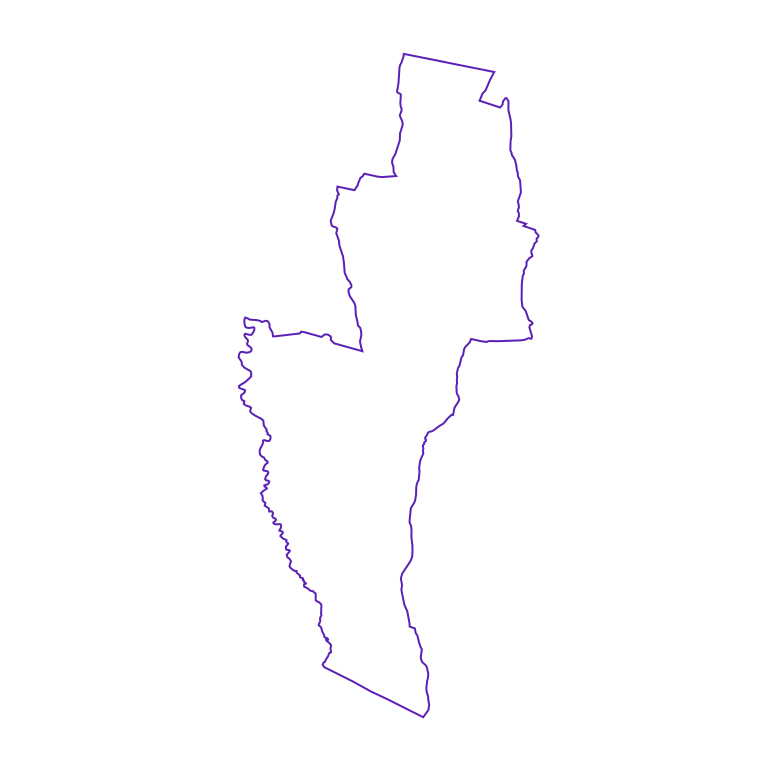 outline of Acuamanala de Miguel Hidalgo, Tlaxcala, Mexico, rotated 93°
{"feature_id": "50627088B41690170063665", "entity_name": "Acuamanala de Miguel Hidalgo", "entity_type": "district", "adm_level": 2, "iso_a3": "MEX", "parent_name": "Mexico", "parent_adm1": "Tlaxcala", "projection": "equal_earth", "projection_center": [-98.159, 19.216], "detail": "fine", "context": "isolated", "style": "outline", "palette": "violet", "viewbox_px": 768, "rotation_deg": 93, "n_neighbors": 0, "source": "geoboundaries", "source_scale": "gbopen_adm2", "svg_char_len": 6145}
<svg xmlns="http://www.w3.org/2000/svg" viewBox="0 0 768 768"><g transform="rotate(93 384 384)"><path d="M669.9,428.9L682.9,399.1L691.6,381.3L698.4,364.7L714.7,327.4L707.2,322.6L702.0,322.1L696.3,323.4L693.9,323.6L688.4,325.5L684.5,325.8L678.7,325.4L674.7,324.7L671.3,324.6L665.6,326.1L663.0,327.2L659.6,331.4L657.0,332.6L654.2,333.0L647.0,332.3L644.9,333.6L640.6,335.4L633.6,337.4L631.1,339.3L626.5,340.4L624.9,345.7L621.6,346.0L610.0,348.8L603.1,352.2L588.6,355.9L584.0,355.4L577.3,357.0L572.2,355.8L559.7,348.4L555.2,346.8L548.8,346.8L543.7,347.2L535.7,348.6L528.4,348.9L523.8,349.7L521.3,351.1L519.3,351.3L506.7,350.7L500.7,347.5L497.9,346.7L492.6,346.2L485.1,346.4L481.5,345.8L478.2,344.4L474.4,344.1L469.6,344.0L466.1,344.5L461.6,344.2L457.7,343.5L451.3,341.1L448.8,341.6L446.2,341.3L444.5,341.9L443.0,341.9L441.8,340.7L440.7,340.8L439.6,340.4L438.9,339.3L438.3,339.1L437.4,339.2L436.6,340.0L435.2,340.0L432.8,338.4L430.2,337.4L429.5,336.6L428.7,333.7L427.7,332.1L422.9,326.4L421.0,323.4L420.1,322.3L415.4,318.9L411.2,314.9L411.3,313.4L404.1,312.4L396.8,308.3L395.7,308.1L392.8,308.8L390.1,310.5L388.4,311.0L382.5,311.6L379.9,311.1L375.4,311.5L373.6,311.2L369.9,311.9L364.2,310.9L361.4,309.5L353.5,308.1L351.2,306.6L344.9,305.8L343.1,305.0L338.0,300.6L334.4,299.3L335.9,291.3L336.7,284.0L335.6,281.4L335.2,271.3L333.2,249.3L332.4,245.5L330.7,242.2L331.1,239.3L328.8,238.6L319.8,241.8L317.4,241.2L316.6,239.3L315.6,238.8L313.8,240.4L312.5,242.8L303.7,246.3L299.7,249.8L292.6,251.0L277.0,251.6L268.5,251.1L266.3,250.0L263.7,250.4L258.6,247.9L254.4,248.0L250.8,245.5L248.6,242.6L247.5,242.7L245.8,243.6L243.1,243.9L241.0,242.5L235.8,241.0L233.6,238.9L230.9,239.2L228.9,237.6L227.9,237.4L227.2,237.8L224.5,240.6L222.2,241.1L218.9,252.9L216.6,250.6L214.1,259.7L209.5,258.0L206.2,258.3L204.3,259.5L200.5,258.5L197.4,259.0L194.6,259.9L185.5,257.3L174.9,258.6L173.3,258.9L169.6,261.1L165.5,261.6L164.2,262.4L158.8,263.3L153.2,265.0L148.7,268.2L146.1,268.9L143.9,270.1L134.7,270.3L130.0,269.8L116.7,270.8L113.0,271.5L104.1,274.1L95.0,274.5L92.1,276.7L92.3,277.8L95.6,280.0L98.7,280.2L101.8,282.5L96.1,303.4L88.8,300.8L85.4,297.9L74.7,294.0L66.7,290.2L53.3,381.5L55.6,381.6L61.9,383.3L64.8,384.6L67.0,385.1L83.2,385.3L91.2,386.3L92.2,385.8L93.6,382.7L94.4,382.3L102.4,382.4L106.0,381.9L108.0,380.9L110.4,380.8L114.2,382.1L115.3,382.2L120.8,379.5L123.2,378.9L126.1,379.3L132.7,381.1L140.0,381.0L154.0,384.8L158.7,387.2L162.4,387.6L166.9,385.9L171.8,385.5L175.7,382.7L177.5,397.1L177.2,401.6L175.0,414.7L177.8,416.3L179.3,418.3L184.0,420.0L186.9,420.7L192.0,423.6L189.3,440.8L193.1,441.0L196.9,439.0L198.2,440.3L201.3,440.5L204.3,441.7L211.5,442.4L215.9,443.2L223.5,445.7L225.3,445.5L228.3,444.5L229.3,443.4L230.3,439.8L231.4,438.7L235.9,439.6L243.1,436.5L248.0,435.8L258.8,431.6L265.4,430.3L274.9,429.1L281.3,426.0L283.6,423.7L286.7,421.8L289.0,421.7L291.1,424.1L293.7,424.4L298.2,422.6L304.9,417.7L308.0,416.6L316.8,415.7L323.1,413.8L327.0,413.0L329.1,410.7L333.2,409.5L336.5,409.2L342.8,410.2L348.4,408.8L352.4,407.3L346.0,435.9L342.8,439.4L340.5,439.3L339.2,439.8L337.5,442.9L337.7,446.0L340.3,448.8L336.6,465.5L336.1,468.2L336.1,469.4L337.9,470.6L342.3,496.4L342.2,497.3L338.4,498.1L333.4,501.3L331.1,501.3L329.7,501.7L327.6,503.1L327.2,504.1L327.1,505.6L328.3,508.7L328.4,509.7L327.5,510.8L326.9,513.9L326.7,521.2L326.3,522.5L325.6,523.5L324.9,526.0L327.4,526.8L330.2,526.6L333.9,525.6L334.8,524.5L335.2,522.1L334.3,517.7L334.3,516.8L335.0,516.4L336.6,516.3L338.7,517.0L341.8,518.9L341.9,521.5L341.0,524.7L341.5,525.6L342.3,526.0L344.3,525.2L347.3,522.2L348.9,522.2L351.1,522.9L352.1,522.4L353.0,521.4L354.2,519.2L355.9,518.1L356.8,518.0L357.9,518.4L359.1,519.6L359.8,522.1L359.9,524.0L359.3,526.9L359.7,529.1L361.3,530.0L364.1,530.6L365.5,530.4L366.2,529.6L369.4,527.3L372.3,526.9L374.9,524.4L378.2,517.9L380.6,517.1L383.3,517.1L384.3,517.7L389.1,522.5L393.3,528.5L394.8,528.7L395.4,528.3L396.5,525.5L397.1,523.0L397.7,522.4L399.4,522.7L400.3,523.3L402.7,526.0L404.4,526.1L406.6,525.4L408.0,524.2L408.0,523.2L408.5,522.5L411.2,523.0L412.7,520.8L413.8,516.7L414.7,515.5L418.2,516.3L420.1,514.7L422.2,511.2L425.1,504.9L426.8,502.6L431.9,501.8L435.8,498.7L437.1,499.0L438.7,497.6L440.2,497.8L441.5,495.1L442.5,494.5L444.7,494.6L446.5,495.3L446.8,495.8L447.0,497.6L446.3,500.7L446.5,501.5L446.9,501.8L448.1,501.6L450.5,502.1L455.8,504.5L457.7,504.7L460.9,504.1L463.1,501.8L463.4,500.5L463.8,499.9L466.0,498.6L467.4,496.4L467.8,496.1L468.7,496.1L470.6,498.2L472.6,499.3L475.1,500.1L476.4,500.1L476.8,499.3L477.1,496.5L477.8,495.1L478.8,494.9L480.2,495.4L482.4,497.1L485.3,497.7L486.4,496.7L486.6,494.5L487.5,493.4L489.1,493.9L490.1,494.7L491.5,498.2L492.5,498.0L493.6,496.1L494.2,495.5L494.6,495.5L496.7,498.5L499.5,501.3L501.6,499.7L504.5,499.0L506.1,499.3L507.4,498.5L508.8,496.3L511.8,496.8L512.2,495.7L514.4,492.5L517.3,492.0L517.0,489.4L518.4,488.2L519.5,488.1L521.0,488.7L522.3,488.5L523.4,487.5L524.2,485.3L525.2,484.8L526.4,485.3L527.9,487.2L528.8,487.1L529.5,486.1L529.8,484.7L529.4,480.9L529.4,480.2L529.8,479.6L530.8,479.3L533.3,479.6L534.0,479.8L534.8,480.6L535.9,480.8L536.5,478.5L537.0,477.6L537.8,477.2L538.7,477.6L540.4,479.2L541.3,479.5L543.6,476.7L545.0,473.2L546.3,473.4L547.3,472.9L547.9,471.6L548.5,471.3L550.2,472.3L551.0,473.3L551.8,473.5L554.2,473.1L554.7,472.3L554.9,469.8L555.3,469.3L556.2,469.5L559.6,472.2L562.0,471.4L563.4,469.4L565.1,468.0L566.3,467.6L567.8,468.3L571.2,468.8L572.8,467.4L574.9,464.5L575.3,462.9L575.3,461.5L577.0,461.4L579.7,457.8L581.3,457.8L582.5,454.6L584.1,454.8L584.7,453.6L585.8,453.5L587.1,451.5L587.6,451.7L587.8,452.7L588.3,453.4L590.6,453.1L592.1,449.4L594.2,446.9L594.7,443.8L595.6,443.2L596.8,441.3L603.5,440.9L604.4,439.9L605.3,437.5L607.2,435.3L609.1,434.8L611.5,435.0L613.6,434.7L615.6,435.0L618.1,434.4L621.0,435.6L624.1,435.2L627.2,436.4L628.5,436.5L629.6,434.8L631.0,433.8L634.3,432.8L638.0,430.6L639.7,430.4L640.4,429.3L640.6,427.9L641.8,426.4L642.3,426.5L642.6,428.4L643.3,428.1L645.2,425.4L647.3,423.4L648.0,423.2L651.1,423.6L654.7,422.9L655.7,424.7L658.8,425.6L662.4,427.7L664.4,428.3L665.2,429.6L667.4,430.6L669.9,428.9Z" fill="none" stroke="#5b21b6" stroke-width="2"/></g></svg>